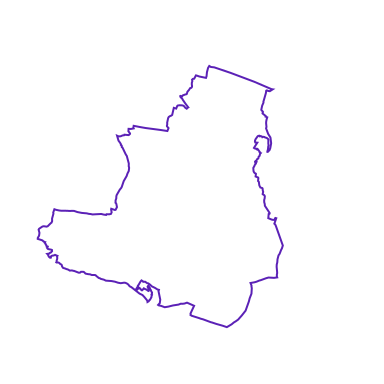 outline of Valea Ursului, Neamt, Romania, rotated 119°
{"feature_id": "2599482B92713698474517", "entity_name": "Valea Ursului", "entity_type": "district", "adm_level": 2, "iso_a3": "ROU", "parent_name": "Romania", "parent_adm1": "Neamt", "projection": "orthographic", "projection_center": [27.085, 46.792], "detail": "fine", "context": "isolated", "style": "outline", "palette": "violet", "viewbox_px": 384, "rotation_deg": 119, "n_neighbors": 0, "source": "geoboundaries", "source_scale": "gbopen_adm2", "svg_char_len": 6088}
<svg xmlns="http://www.w3.org/2000/svg" viewBox="0 0 384 384"><g transform="rotate(119 192 192)"><path d="M298.0,120.6L296.7,112.1L296.5,111.6L295.6,106.8L294.1,100.4L293.3,96.0L288.5,93.2L285.7,92.1L284.0,91.1L281.3,89.8L275.9,88.6L269.8,87.6L260.1,89.2L257.1,90.0L252.1,90.7L247.1,93.1L245.8,94.2L245.2,94.4L243.2,96.7L240.7,93.6L239.2,92.1L236.7,90.1L236.0,89.3L231.5,85.4L229.7,83.6L227.3,78.6L225.4,76.1L224.9,76.7L223.2,77.7L221.6,78.2L220.5,78.9L216.4,81.7L214.4,82.7L212.2,83.3L209.4,84.6L205.5,85.6L203.6,85.4L199.3,86.0L197.8,86.0L194.8,86.6L181.1,102.1L180.1,103.4L179.8,104.6L174.1,105.6L174.3,106.5L174.7,106.6L176.1,106.4L176.6,106.7L177.1,107.6L177.5,109.0L177.9,112.6L174.0,114.3L173.8,114.2L173.5,113.7L172.8,113.8L168.7,121.6L167.3,122.5L165.9,123.9L164.0,125.0L162.3,125.4L160.5,126.2L159.9,126.9L159.7,127.7L159.7,128.9L159.6,129.2L157.4,129.8L156.4,130.8L154.7,132.0L154.5,132.4L154.9,134.4L153.6,136.3L150.8,138.4L150.5,139.0L150.4,139.5L150.1,139.7L147.9,140.6L147.3,141.1L147.6,143.9L145.1,144.9L145.0,145.2L145.0,146.5L144.5,147.6L143.9,148.3L141.8,149.7L141.0,150.1L139.2,150.0L138.5,150.2L137.3,150.1L136.1,149.9L135.5,150.2L135.7,150.9L134.8,151.6L134.1,151.4L133.8,150.5L133.5,150.8L132.9,151.0L131.5,150.9L131.1,150.5L130.4,150.3L128.9,150.8L127.5,150.4L125.8,151.0L124.9,150.8L125.0,151.2L124.4,151.4L124.4,152.2L124.0,152.4L122.6,155.4L122.6,155.6L123.3,155.7L123.3,156.1L123.0,156.9L123.4,157.7L123.5,158.7L123.4,159.2L117.2,158.8L118.0,160.7L117.2,161.5L116.5,161.8L115.0,162.0L111.5,161.6L110.9,161.3L110.1,160.4L110.1,160.1L110.4,159.8L109.9,159.3L109.9,158.7L109.7,158.5L109.8,158.2L109.6,157.2L109.8,157.0L109.3,156.7L108.8,155.3L108.9,154.8L108.5,152.8L108.8,151.1L109.0,150.7L112.7,148.7L114.0,147.7L115.2,147.4L118.2,146.1L118.7,146.1L120.3,145.6L120.2,145.2L117.7,144.5L115.7,144.8L111.0,146.4L106.7,149.5L106.2,150.0L104.3,153.5L100.4,158.1L99.0,158.4L95.8,160.6L94.3,161.3L92.5,161.9L90.2,162.4L90.4,164.1L90.1,164.1L89.8,164.3L89.1,168.4L88.7,168.6L87.6,168.7L87.2,169.4L86.8,170.9L86.4,171.3L82.4,172.5L79.2,172.8L78.5,173.3L69.8,175.3L67.4,176.2L66.8,175.8L66.7,174.4L66.1,172.8L63.1,171.2L63.5,172.3L65.4,191.0L69.1,216.0L72.2,233.0L73.5,236.1L73.4,238.0L75.7,238.1L80.0,237.0L83.7,235.4L85.4,235.1L87.4,241.5L87.9,244.4L88.1,245.1L91.8,245.0L92.7,246.1L93.8,246.4L94.7,245.5L96.5,245.1L97.9,244.4L99.2,243.4L100.0,243.0L101.2,243.1L102.1,244.0L102.4,244.0L104.1,244.1L106.5,244.6L108.8,244.1L109.2,244.3L110.0,245.2L112.0,246.9L113.0,247.0L113.3,247.6L113.5,248.6L113.8,248.8L114.2,248.5L114.6,247.9L115.1,245.8L115.8,244.8L117.9,240.6L119.8,236.3L120.2,236.6L121.7,237.0L121.6,238.6L120.8,240.6L120.7,241.3L121.0,242.6L122.2,245.0L123.3,246.4L123.8,246.6L126.7,246.3L127.2,248.7L134.2,246.7L135.3,247.2L136.1,247.9L137.6,248.7L138.9,248.7L143.5,247.3L144.7,246.5L146.4,246.0L146.7,245.7L147.5,243.5L150.6,243.1L153.0,249.6L158.5,263.5L160.1,268.1L162.4,275.1L164.4,274.4L164.7,273.9L166.5,276.0L167.5,278.1L169.7,277.1L170.8,274.6L171.3,274.4L172.6,274.8L173.0,275.1L174.6,278.8L175.0,278.7L175.3,278.9L176.2,280.2L177.6,281.2L178.3,282.0L179.0,283.5L179.1,284.8L182.7,281.2L183.8,278.8L184.7,277.3L185.3,277.1L185.5,276.6L185.5,276.0L186.8,275.1L186.8,274.4L191.2,268.2L192.1,266.5L197.7,261.1L200.2,259.8L200.8,259.1L201.8,258.5L204.3,257.5L207.1,257.4L209.8,256.9L215.6,257.0L221.6,255.9L222.9,255.9L224.9,256.3L231.2,256.4L232.4,256.1L234.4,255.1L236.3,254.8L238.0,253.9L238.5,253.7L238.6,253.1L239.1,252.4L241.6,250.3L244.6,250.2L245.1,250.7L245.8,254.5L246.5,254.3L248.8,252.4L250.5,252.3L251.7,253.7L252.9,256.0L253.7,256.0L254.6,258.4L255.2,260.7L259.9,268.2L260.4,270.0L261.1,271.5L261.7,273.7L263.7,278.2L265.1,282.5L265.7,285.9L266.3,287.2L268.0,290.0L269.0,292.2L271.7,297.1L272.6,299.3L273.5,302.3L273.8,304.0L277.3,303.4L278.1,302.7L283.1,301.5L285.3,300.2L286.9,300.0L287.7,300.4L291.9,301.6L292.8,302.4L293.7,304.8L294.2,305.6L295.1,306.3L298.3,307.9L299.3,307.9L301.7,305.6L304.3,304.6L307.0,304.6L307.8,304.2L306.9,299.8L306.9,299.0L307.2,298.2L307.1,296.8L307.9,297.4L307.3,296.2L308.3,295.4L308.5,294.6L309.0,294.2L309.3,293.3L310.2,292.7L309.8,291.7L311.2,291.5L311.3,291.0L311.6,290.7L311.6,290.0L310.7,287.2L310.6,286.4L311.6,285.7L313.3,286.1L314.2,286.8L315.0,287.0L316.3,288.6L316.7,287.3L317.3,286.9L318.1,285.5L318.3,284.2L317.8,283.6L316.8,284.1L316.3,284.0L315.3,283.3L315.0,282.7L313.7,281.4L313.4,281.3L313.1,278.7L313.9,278.7L314.8,278.0L315.8,277.5L317.4,277.2L318.7,276.6L319.3,276.6L319.3,276.2L318.6,275.0L318.4,274.2L318.5,273.3L318.8,272.7L318.8,271.0L319.1,270.4L320.1,269.6L320.9,267.9L320.4,265.8L320.3,264.4L320.1,263.8L319.9,262.5L320.0,260.8L319.0,259.3L318.6,258.3L318.5,257.5L318.2,257.0L317.5,252.0L316.9,250.9L315.6,250.4L314.7,248.8L314.4,248.0L314.5,247.2L315.0,245.6L314.2,243.0L313.4,241.2L313.2,239.5L312.0,237.3L311.6,236.4L311.6,235.6L312.0,234.5L312.0,233.7L312.4,232.1L312.1,230.5L312.2,229.7L311.4,226.6L311.3,224.4L308.9,219.2L307.8,215.9L307.2,212.7L306.3,210.1L304.2,207.4L303.7,206.1L303.6,204.1L303.9,202.5L304.3,201.9L304.7,200.5L304.6,199.0L306.3,188.6L306.1,185.4L306.9,182.9L308.4,179.1L309.0,178.2L309.8,177.6L308.6,176.9L307.0,176.8L306.7,176.5L303.6,176.5L302.5,177.0L301.4,177.1L301.3,177.7L300.2,177.8L299.2,178.3L298.8,179.3L297.7,180.5L297.0,182.0L296.5,182.2L295.4,184.3L295.3,184.8L295.5,184.9L296.4,184.9L297.3,183.7L297.8,182.4L299.3,181.9L299.6,182.0L299.7,182.9L299.4,184.4L299.7,186.4L299.6,187.4L301.6,187.8L302.3,188.1L302.3,188.7L301.5,190.7L301.7,191.0L301.4,191.5L301.4,192.1L303.0,192.3L303.5,192.7L304.8,192.8L304.6,193.8L300.4,193.6L300.1,193.9L299.4,193.7L295.2,193.6L293.8,193.3L293.9,191.6L294.2,191.1L293.2,189.5L293.5,186.8L293.1,185.9L293.3,184.4L293.4,183.4L293.6,183.0L294.0,181.3L293.8,178.0L294.0,174.9L293.6,173.5L295.0,173.2L301.5,167.6L304.8,166.3L307.2,166.9L307.3,166.2L306.6,163.9L306.0,160.0L303.7,157.1L300.5,153.7L297.0,149.2L295.2,147.7L294.3,146.0L293.2,144.5L291.2,142.7L290.5,135.0L299.0,134.4L299.5,133.9L300.3,133.7L300.4,132.3L298.7,123.9L298.7,123.4L298.0,120.6Z" fill="none" stroke="#5b21b6" stroke-width="2"/></g></svg>